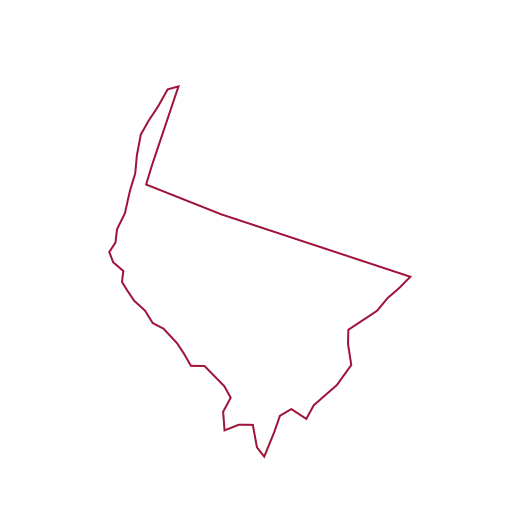 the district of Camutanga, Pernambuco, Brazil, rotated 247°
{"feature_id": "56859067B82745904918761", "entity_name": "Camutanga", "entity_type": "district", "adm_level": 2, "iso_a3": "BRA", "parent_name": "Brazil", "parent_adm1": "Pernambuco", "projection": "mercator", "projection_center": [-35.297, -7.442], "detail": "fine", "context": "isolated", "style": "outline", "palette": "rose", "viewbox_px": 512, "rotation_deg": 247, "n_neighbors": 0, "source": "geoboundaries", "source_scale": "gbopen_adm2", "svg_char_len": 759}
<svg xmlns="http://www.w3.org/2000/svg" viewBox="0 0 512 512"><g transform="rotate(247 256 256)"><path d="M68.1,185.2L86.9,204.1L99.6,215.6L101.3,228.7L86.4,238.7L96.1,250.9L105.6,280.0L118.4,301.1L139.3,306.4L152.0,312.2L158.3,346.0L166.0,361.0L170.4,374.9L176.6,389.9L307.8,240.4L364.7,182.8L379.6,195.2L442.4,250.9L443.9,239.8L431.8,224.1L422.3,209.8L412.8,197.4L395.1,185.6L379.2,177.1L366.0,166.0L357.6,159.9L346.6,152.1L335.0,138.6L323.3,131.9L317.0,122.5L306.0,122.1L294.0,128.0L284.5,122.5L274.1,124.1L262.3,126.4L249.1,132.5L234.6,134.7L225.2,142.5L206.4,149.3L194.3,151.5L180.3,153.2L174.9,165.6L148.4,176.0L135.4,177.3L125.5,164.9L107.8,158.9L107.4,174.3L101.8,187.1L79.5,182.1L68.1,185.2Z" fill="none" stroke="#9f1239" stroke-width="2"/></g></svg>